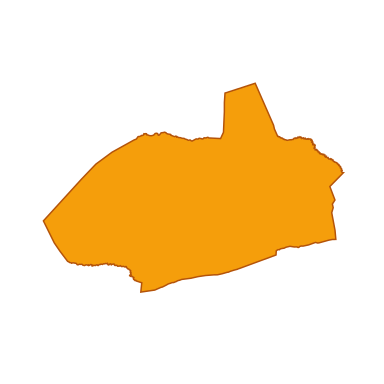 Zu'ungovi, Uvs, Mongolia (Natural Earth projection), rotated 344°
{"feature_id": "93677404B72222343372213", "entity_name": "Zu'ungovi", "entity_type": "district", "adm_level": 2, "iso_a3": "MNG", "parent_name": "Mongolia", "parent_adm1": "Uvs", "projection": "natural_earth1", "projection_center": [94.109, 50.114], "detail": "fine", "context": "isolated", "style": "filled", "palette": "amber", "viewbox_px": 384, "rotation_deg": 344, "n_neighbors": 0, "source": "geoboundaries", "source_scale": "gbopen_adm2", "svg_char_len": 5964}
<svg xmlns="http://www.w3.org/2000/svg" viewBox="0 0 384 384"><g transform="rotate(344 192 192)"><path d="M342.8,215.2L342.0,214.9L341.3,213.6L341.4,212.7L342.0,213.1L342.3,212.8L342.0,211.6L342.2,211.0L341.8,210.5L341.8,209.8L341.3,209.5L341.5,209.1L341.4,208.7L341.7,208.6L341.5,208.1L341.0,207.4L340.4,207.0L340.4,206.5L340.8,206.5L340.8,206.3L340.6,205.9L339.8,205.4L339.8,204.8L339.4,204.7L339.3,204.3L339.3,203.9L339.0,203.7L338.9,203.5L337.5,202.7L337.5,202.3L336.9,202.0L336.8,201.6L336.5,201.5L336.2,200.9L336.3,200.5L336.0,200.4L336.2,200.1L336.2,199.9L335.7,199.8L335.3,199.4L335.3,199.1L334.7,199.1L334.8,198.6L334.2,198.6L334.2,198.3L333.9,198.4L333.3,198.1L332.8,198.1L332.5,197.7L332.3,197.3L332.4,196.9L332.0,196.7L332.1,196.3L331.4,196.1L331.0,195.5L330.3,195.3L330.5,195.0L330.1,195.1L329.6,194.6L329.7,194.1L329.9,194.1L329.5,193.7L329.8,193.5L329.7,193.3L329.3,193.4L329.6,193.2L329.3,193.1L329.2,192.3L328.9,192.3L328.8,192.0L328.5,192.0L328.2,192.1L327.8,192.1L327.6,191.3L327.3,191.2L327.1,191.4L326.7,190.9L326.3,191.0L326.0,190.8L326.0,190.6L325.7,190.3L325.8,189.9L325.6,189.9L325.4,190.1L325.2,190.1L325.2,189.8L325.5,189.7L325.3,188.7L324.5,188.4L324.6,188.2L324.4,188.1L324.4,187.7L324.2,187.5L324.3,186.9L323.6,186.6L323.7,186.1L323.2,185.9L323.2,185.7L322.7,185.6L323.1,185.3L322.1,184.7L322.0,184.3L322.0,184.0L321.6,184.0L321.4,183.8L321.6,183.4L321.8,183.5L322.0,183.3L322.0,182.7L322.3,182.6L322.6,182.7L322.7,182.0L322.5,181.8L322.5,181.6L322.9,181.4L322.7,181.1L323.2,180.9L323.2,180.7L322.8,180.5L322.6,180.7L322.0,180.2L321.8,180.1L322.1,179.8L321.7,179.7L321.6,179.3L321.2,179.4L321.3,179.1L321.5,179.2L321.8,179.1L321.7,178.7L321.6,178.0L321.0,177.5L321.8,177.2L321.5,176.8L321.6,176.4L321.3,176.3L321.5,175.7L321.1,175.8L320.7,175.4L320.9,175.3L320.8,175.0L321.1,174.4L320.9,174.0L320.0,173.5L319.9,173.4L319.2,173.5L318.6,173.3L318.4,172.7L317.8,172.7L317.7,173.1L317.2,172.8L316.5,172.8L316.3,172.4L315.7,172.3L315.7,171.7L315.2,171.9L314.5,171.8L314.7,171.3L314.5,171.0L314.0,171.0L313.8,170.8L313.1,170.8L313.2,170.7L312.9,170.7L312.6,170.6L312.4,170.1L312.1,170.1L311.5,169.8L311.6,169.6L311.3,169.5L311.5,169.0L310.6,169.0L310.2,168.8L310.1,168.5L309.6,168.8L309.8,168.9L309.7,169.1L308.7,169.1L308.6,168.9L308.5,169.1L308.2,169.2L307.7,168.9L307.2,169.2L306.4,169.1L306.4,168.8L306.2,168.9L305.6,168.5L305.0,168.5L304.6,168.7L304.5,169.0L303.6,169.4L302.9,169.1L302.0,169.2L301.3,169.1L300.8,168.8L297.9,168.6L297.2,168.3L296.9,167.9L296.0,167.4L295.1,167.0L294.9,166.8L295.0,166.6L294.2,166.2L294.2,165.8L293.7,165.1L293.0,165.0L292.6,164.4L292.2,164.2L292.0,164.3L291.8,164.1L291.6,163.2L291.1,162.9L290.6,162.8L290.4,162.4L290.1,162.4L290.0,162.1L289.7,162.0L288.6,154.3L288.8,150.2L282.7,104.9L251.0,106.0L247.8,114.9L245.2,123.9L238.7,143.3L234.2,148.5L223.4,144.8L222.9,144.5L222.5,143.9L221.8,143.7L220.5,143.9L219.9,143.7L219.3,143.6L218.6,143.2L217.3,143.9L216.7,143.8L216.3,143.8L215.6,143.2L213.7,142.3L212.3,142.8L210.6,142.1L206.4,143.0L206.0,143.0L205.3,142.5L204.7,141.6L204.4,141.4L203.2,141.4L202.7,141.3L201.5,140.1L200.1,139.3L199.2,138.3L197.2,137.6L195.9,136.6L194.2,136.0L193.3,135.1L192.5,135.1L192.5,134.7L192.6,134.3L192.5,134.2L192.1,134.2L191.6,133.8L190.7,134.0L190.2,133.8L189.2,133.0L187.4,131.7L187.2,131.3L187.4,130.9L187.2,130.7L184.6,129.5L183.5,128.5L183.3,127.8L182.2,127.0L181.5,126.9L180.5,127.0L179.7,126.7L178.4,126.7L176.6,128.1L175.9,128.3L175.3,128.1L175.2,127.6L175.2,126.8L174.5,125.9L173.8,125.7L172.7,125.6L170.9,126.7L170.2,126.8L168.2,126.7L166.4,125.9L165.3,125.0L164.3,124.6L164.2,124.4L164.4,124.2L164.4,123.8L164.2,123.4L163.5,123.1L162.6,123.1L161.9,122.7L161.6,123.0L161.4,123.6L161.0,123.8L159.4,124.0L158.9,123.7L158.5,124.0L156.8,124.2L155.7,123.9L155.3,124.0L153.2,125.7L152.9,125.8L150.7,126.0L126.1,131.7L107.3,138.7L89.3,149.2L41.2,178.8L45.6,203.0L48.9,212.9L53.3,224.3L53.9,224.9L54.3,225.1L54.5,225.5L55.0,226.1L56.3,226.7L56.5,227.2L58.2,227.3L60.8,228.6L61.1,228.8L61.6,230.2L61.9,230.4L62.7,230.6L63.8,230.4L65.3,231.0L66.2,231.1L66.7,231.6L67.0,232.4L68.2,232.9L68.5,233.1L69.8,232.8L70.4,232.9L71.4,233.5L72.4,233.5L72.5,233.7L72.3,234.2L72.5,234.3L73.0,234.1L73.6,234.2L74.2,233.8L74.8,233.8L75.6,234.3L75.6,234.7L75.4,235.4L75.6,235.6L76.1,235.7L76.7,235.2L77.2,235.6L77.9,235.6L79.1,236.1L79.9,235.7L80.9,236.0L81.0,236.4L81.4,236.8L82.9,236.2L83.8,236.5L84.6,236.2L86.1,237.0L87.1,236.6L88.3,237.0L89.0,236.8L89.8,237.3L91.0,237.2L91.1,237.3L91.2,237.8L91.1,238.6L91.7,239.1L91.9,239.2L93.1,238.6L93.8,238.5L94.3,239.0L94.2,239.5L94.3,239.8L95.4,239.5L97.1,239.7L97.3,239.9L97.3,240.9L97.8,241.5L98.5,241.4L99.7,241.9L99.9,242.7L100.2,242.9L102.3,243.3L102.9,243.1L103.6,244.1L104.0,244.4L105.5,244.5L106.0,244.8L106.3,245.3L106.8,245.5L108.0,245.4L108.3,245.8L108.1,246.4L108.5,246.9L109.1,248.2L109.9,248.6L110.4,249.7L111.2,250.3L111.3,250.6L111.3,251.1L110.9,251.4L110.5,251.9L110.5,252.1L111.1,252.6L111.0,253.0L110.5,253.6L110.8,254.3L110.0,254.9L109.2,254.8L109.0,255.2L109.1,255.3L109.6,256.1L110.4,255.9L110.8,256.0L110.9,256.8L111.5,257.0L111.7,257.5L112.5,258.1L112.5,258.4L111.7,259.2L111.9,260.1L112.7,260.6L112.7,261.3L113.8,261.6L113.8,262.1L118.7,265.4L115.2,274.1L129.2,276.0L135.9,275.1L137.2,275.2L138.4,275.0L141.5,274.4L144.0,273.8L146.2,273.8L147.7,273.6L149.5,274.0L150.3,273.9L151.0,273.8L152.6,273.7L153.6,273.3L156.0,273.4L158.0,273.2L167.2,274.6L174.4,275.0L182.0,276.0L190.3,277.7L193.6,278.6L198.6,278.9L203.7,278.9L205.0,279.1L206.9,278.8L211.3,278.7L214.3,278.8L215.4,278.6L216.4,278.6L255.4,275.7L256.8,271.7L258.7,271.1L260.2,271.6L261.2,271.0L263.7,271.2L265.0,271.4L267.2,271.0L271.2,271.2L275.1,273.0L277.7,273.7L278.7,274.6L279.5,274.6L280.8,274.0L282.3,274.1L283.8,274.6L289.5,275.0L296.8,274.5L298.8,275.7L300.3,275.9L310.3,276.0L313.7,276.3L317.2,277.2L318.9,268.3L320.6,250.4L323.4,246.0L323.6,242.3L327.2,239.1L326.0,224.7L342.8,215.2Z" fill="#f59e0b" stroke="#b45309" stroke-width="1.5"/></g></svg>